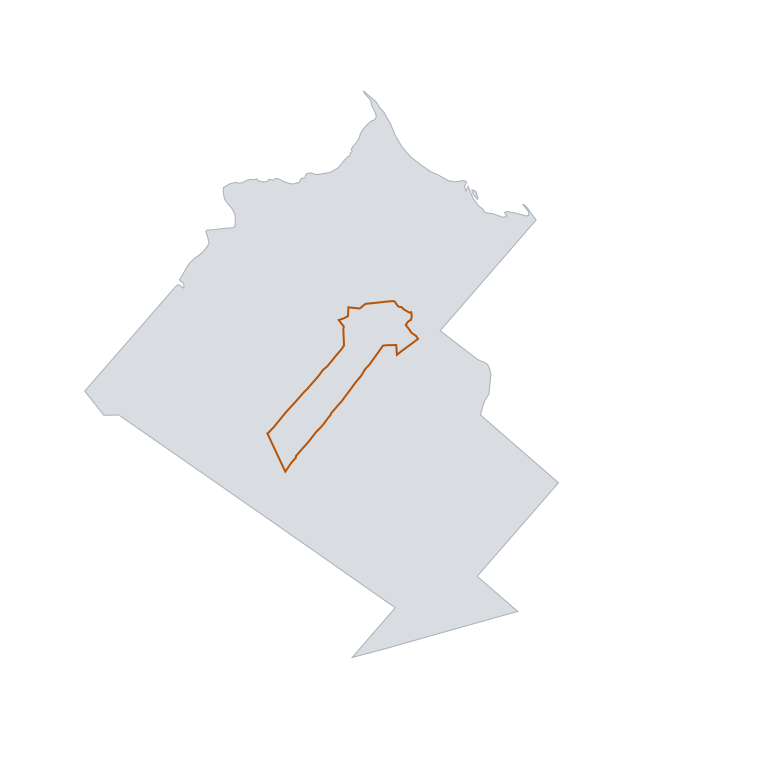 Chinguitti, Adrar, Mauritania shown in context, rotated 131°
{"feature_id": "47542326B90495786476095", "entity_name": "Chinguitti", "entity_type": "district", "adm_level": 2, "iso_a3": "MRT", "parent_name": "Mauritania", "parent_adm1": "Adrar", "projection": "mercator", "projection_center": [-10.907, 20.124], "detail": "fine", "context": "in_parent", "style": "outline", "palette": "amber", "viewbox_px": 768, "rotation_deg": 131, "n_neighbors": 0, "source": "geoboundaries", "source_scale": "gbopen_adm2", "svg_char_len": 4357}
<svg xmlns="http://www.w3.org/2000/svg" viewBox="0 0 768 768"><g transform="rotate(131 384 384)"><path d="M334.3,631.7L333.5,631.4L329.6,628.6L327.7,625.3L324.6,622.8L320.3,621.2L317.4,619.3L316.1,617.2L314.5,615.7L312.9,615.0L312.7,614.3L313.1,613.2L312.7,611.2L310.2,606.9L307.8,604.9L305.8,605.2L304.7,604.7L304.0,603.7L303.7,602.3L302.3,601.1L299.9,600.6L298.0,597.4L296.6,591.4L294.7,586.8L292.4,583.5L290.7,582.3L289.5,582.1L289.1,581.5L288.8,580.6L287.0,580.2L284.5,581.2L282.2,580.9L281.1,579.3L279.5,579.1L277.5,580.5L275.4,580.1L273.0,578.0L271.7,575.9L271.4,573.8L267.3,569.6L259.3,563.3L250.6,560.4L241.2,560.8L236.0,560.5L234.8,559.5L233.7,559.6L232.5,560.7L231.3,561.0L230.0,560.4L229.1,560.8L228.8,562.4L225.5,563.3L219.2,563.3L214.1,564.3L210.3,566.2L204.8,567.0L197.7,566.8L193.4,566.1L192.0,564.9L189.9,564.6L187.3,565.2L185.0,568.3L182.9,573.9L181.2,577.1L179.8,577.9L178.4,582.0L177.5,589.0L176.3,592.0L176.3,574.7L178.3,568.2L179.0,562.5L183.3,549.9L188.5,539.6L193.3,525.8L195.1,512.5L194.4,499.4L193.0,487.7L190.6,480.0L188.3,468.8L184.8,462.9L178.5,457.7L177.1,454.7L178.6,453.6L182.4,452.8L184.8,448.8L179.7,450.3L185.7,438.0L187.5,429.5L187.2,424.0L188.4,420.5L183.8,413.1L180.2,403.7L178.4,402.2L176.5,401.4L176.3,403.6L175.3,405.6L173.1,404.4L169.1,397.6L163.6,386.5L161.7,385.3L160.1,386.9L159.1,388.3L157.3,397.6L156.7,393.9L157.5,389.6L158.8,384.2L160.4,376.8L165.1,376.8L173.6,376.8L190.7,376.7L199.2,376.7L216.2,376.7L224.7,376.7L241.8,376.7L250.3,376.7L267.3,376.6L275.8,376.6L292.9,376.6L301.4,376.6L307.0,376.6L306.7,371.3L306.4,367.1L306.1,361.4L305.7,355.8L305.4,350.1L305.0,344.8L304.7,339.5L304.4,334.6L304.1,330.1L303.6,327.5L301.8,322.3L301.4,319.7L301.9,317.0L303.1,314.5L306.4,309.8L311.5,306.2L317.3,302.0L321.7,298.8L324.0,298.0L330.9,296.9L336.4,294.5L341.7,292.2L343.9,290.9L344.1,286.5L344.1,187.5L370.5,187.5L377.4,187.5L425.8,187.5L432.7,187.5L468.0,187.5L468.0,182.8L468.0,176.0L468.0,166.7L468.0,157.3L467.9,140.8L467.9,133.9L474.9,138.5L488.9,147.7L495.9,152.3L509.8,161.5L523.8,170.7L537.8,179.9L544.8,184.4L551.8,189.0L558.7,193.6L565.7,198.1L579.7,207.2L585.5,211.1L594.5,217.2L602.9,222.9L611.3,228.6L598.3,228.6L580.9,228.7L569.1,228.7L556.9,228.7L545.5,228.7L546.5,238.0L547.6,248.2L548.6,258.3L549.7,268.4L550.8,278.5L553.9,308.7L555.0,318.7L556.0,328.8L557.1,338.7L558.2,348.7L560.3,368.6L561.3,378.5L562.4,388.4L563.4,398.3L564.5,408.2L565.6,418.0L567.7,437.7L568.7,447.5L569.8,457.3L570.9,467.1L571.9,476.8L573.0,486.6L574.0,496.3L575.1,506.1L577.2,525.5L578.3,535.1L579.3,544.8L580.4,554.5L581.4,563.8L585.8,568.7L591.4,574.9L589.8,583.6L587.8,593.9L585.7,605.2L570.3,605.2L555.1,605.2L517.3,605.2L509.7,605.2L471.8,605.2L464.2,605.2L449.6,605.2L445.3,605.0L443.7,604.1L443.2,598.3L441.9,598.6L440.3,600.4L439.5,602.2L439.8,604.6L439.6,606.7L434.7,607.5L428.1,608.9L421.2,610.0L414.2,609.6L411.8,609.1L409.3,608.3L403.7,607.5L400.7,607.4L397.2,607.6L393.2,608.1L391.8,609.1L388.8,613.5L385.8,618.6L383.8,618.5L381.6,615.8L375.6,610.5L368.3,603.7L365.0,600.3L363.2,599.8L359.7,602.3L356.8,604.6L353.7,608.0L352.2,611.2L351.1,614.9L350.6,619.4L349.5,624.5L346.9,628.7L344.0,631.8L341.7,633.3L340.9,634.1L334.3,631.7ZM182.3,441.1L179.9,445.0L178.9,443.5L178.5,441.0L180.6,437.4L181.6,435.5L183.4,434.8L182.3,441.1Z" fill="#d9dde1" stroke="#a8b0b8" stroke-width="1"/><path d="M349.5,461.2L350.7,460.2L352.4,458.9L356.4,455.7L359.9,457.1L360.9,457.5L365.4,460.1L367.1,451.9L369.2,450.8L381.1,439.5L385.6,438.9L395.6,438.8L407.4,438.4L413.7,439.3L419.9,438.7L438.7,438.7L442.6,439.1L455.7,439.1L469.4,439.5L488.3,438.9L497.1,439.3L497.8,439.6L514.9,401.0L504.0,402.3L497.3,402.2L496.3,403.2L487.0,403.2L482.8,403.1L475.4,403.1L471.9,403.4L464.5,403.7L458.0,403.3L454.2,403.3L445.8,404.0L442.6,404.0L440.7,404.7L432.0,404.7L429.1,404.7L425.2,404.6L419.1,405.1L409.2,405.8L405.3,406.2L400.5,406.5L393.1,406.6L392.9,406.6L384.8,408.0L379.0,407.7L355.7,409.9L353.6,408.0L351.0,405.3L346.6,400.3L353.5,393.4L346.6,392.1L333.7,389.2L327.6,387.9L326.7,391.4L327.3,396.7L325.8,403.0L325.2,406.3L323.6,406.5L321.3,406.8L317.6,405.8L314.2,407.8L312.0,410.6L313.3,411.5L313.8,413.2L314.1,414.8L314.7,417.9L314.4,421.0L315.8,423.2L316.1,424.9L315.5,427.2L315.0,429.1L314.8,430.6L315.6,431.7L322.3,438.2L322.8,438.5L335.6,450.5L343.0,451.9L349.5,461.2Z" fill="none" stroke="#b45309" stroke-width="2"/></g></svg>